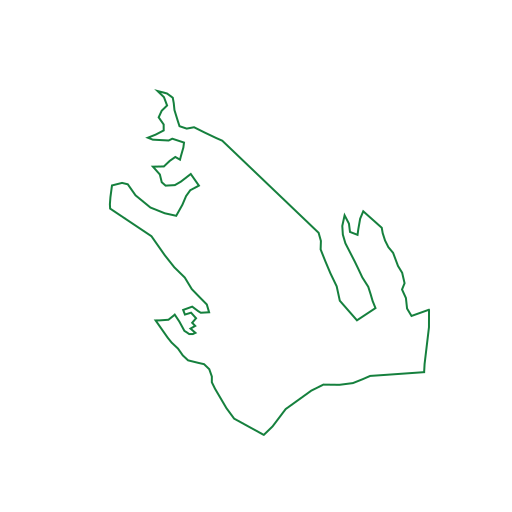 Saha-gu, Busan, South Korea (Equal Earth projection), rotated 145°
{"feature_id": "91817680B15590775835688", "entity_name": "Saha-gu", "entity_type": "district", "adm_level": 2, "iso_a3": "KOR", "parent_name": "South Korea", "parent_adm1": "Busan", "projection": "equal_earth", "projection_center": [128.975, 35.079], "detail": "fine", "context": "isolated", "style": "outline", "palette": "green", "viewbox_px": 512, "rotation_deg": 145, "n_neighbors": 0, "source": "geoboundaries", "source_scale": "gbopen_adm2", "svg_char_len": 1969}
<svg xmlns="http://www.w3.org/2000/svg" viewBox="0 0 512 512"><g transform="rotate(145 256 256)"><path d="M356.2,254.6L357.7,254.4L364.3,254.0L372.3,258.8L375.2,260.8L375.2,251.7L375.2,239.8L374.8,233.5L373.0,224.9L373.0,216.6L371.5,209.5L364.6,201.6L360.6,197.2L359.2,190.1L361.3,182.6L364.6,177.9L365.7,170.8L367.5,148.3L367.2,135.3L352.3,105.1L352.2,105.0L340.2,106.9L319.5,113.6L287.9,114.0L274.6,112.0L261.5,102.6L249.5,96.3L239.3,93.9L231.3,92.3L217.2,83.8L185.7,64.9L184.9,64.4L184.6,64.8L179.8,70.9L155.2,98.4L145.2,112.6L145.2,112.8L163.0,117.7L162.4,126.3L157.3,135.6L155.6,144.8L149.9,148.5L145.9,158.4L145.4,166.4L141.9,179.9L142.5,187.3L141.4,194.7L139.1,202.1L136.8,207.0L142.5,231.1L149.3,226.8L156.7,219.4L160.7,215.1L165.2,221.8L161.3,229.2L160.1,238.5L168.1,231.1L172.6,223.7L175.5,215.1L178.3,194.7L179.5,187.3L181.2,177.5L181.7,166.4L184.0,159.0L186.3,152.2L188.0,144.8L210.2,145.4L213.0,171.3L207.3,184.9L205.0,199.0L202.2,212.0L199.3,224.3L194.2,231.1L191.4,239.1L217.5,369.8L220.9,375.4L227.2,386.5L232.9,397.0L239.7,400.1L244.2,406.2L242.5,411.8L239.1,422.3L235.7,428.4L233.4,433.4L235.7,440.2L242.0,447.6L240.3,438.9L242.5,430.3L249.9,429.1L256.2,425.4L256.2,416.7L259.6,411.8L268.7,413.0L276.7,414.9L273.8,410.5L261.3,400.7L257.3,400.1L249.9,390.2L253.3,386.5L260.2,380.9L263.0,378.5L265.3,383.4L272.1,383.4L280.1,382.2L289.2,388.3L288.0,377.9L290.9,370.5L289.7,365.5L281.8,360.6L274.9,360.0L262.4,360.6L262.4,346.4L272.1,347.6L278.9,345.2L286.9,340.2L298.3,334.7L306.2,343.3L314.7,356.3L319.9,374.8L319.9,381.6L319.9,388.3L323.8,392.7L333.5,396.4L341.5,387.7L346.0,382.2L348.3,378.5L330.3,332.2L330.3,309.0L329.4,293.6L326.7,279.2L327.6,265.7L325.9,255.1L324.1,244.5L326.7,236.8L333.8,241.2L335.0,244.0L337.3,251.1L346.6,253.6L347.8,248.8L341.7,246.8L340.8,239.4L346.6,237.9L345.9,233.6L351.3,234.1L349.7,227.8L352.5,228.3L355.5,230.4L356.6,233.4L357.6,235.7L356.4,246.3L356.2,254.6Z" fill="none" stroke="#15803d" stroke-width="2"/></g></svg>